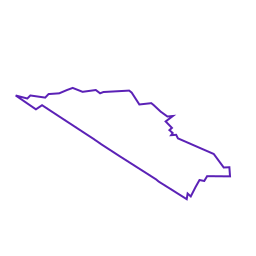 Sullivan, Tennessee, United States of America, rotated 213°
{"feature_id": "52423323B3729306019568", "entity_name": "Sullivan", "entity_type": "district", "adm_level": 2, "iso_a3": "USA", "parent_name": "United States of America", "parent_adm1": "Tennessee", "projection": "robinson", "projection_center": [-82.288, 36.504], "detail": "fine", "context": "isolated", "style": "outline", "palette": "violet", "viewbox_px": 256, "rotation_deg": 213, "n_neighbors": 0, "source": "geoboundaries", "source_scale": "gbopen_adm2", "svg_char_len": 895}
<svg xmlns="http://www.w3.org/2000/svg" viewBox="0 0 256 256"><g transform="rotate(213 128 128)"><path d="M133.5,99.8L120.5,99.8L119.7,99.8L76.4,100.2L73.3,99.8L71.1,99.8L54.0,100.1L52.6,100.1L52.3,100.1L40.0,100.3L42.3,105.5L38.1,104.8L39.2,115.3L39.7,123.3L35.2,125.1L35.4,130.7L16.1,143.0L21.6,150.3L26.2,147.0L41.9,152.9L80.5,146.5L83.9,148.5L87.9,145.5L87.8,148.1L92.1,148.8L91.2,152.0L100.0,154.0L96.9,162.5L101.2,159.1L109.4,159.5L119.0,161.2L122.0,161.5L131.3,153.9L144.2,159.7L147.4,160.0L168.2,144.8L170.3,141.9L175.7,142.3L185.8,133.6L196.2,131.5L199.8,126.7L204.6,119.6L213.1,113.2L214.0,108.4L227.6,102.1L228.5,97.9L239.9,94.1L215.4,93.5L212.5,100.3L190.7,100.2L158.4,100.1L157.7,100.1L157.1,100.1L151.2,100.1L150.3,100.1L149.4,100.0L147.5,100.0L141.8,99.8L141.7,99.8L139.0,99.8L138.5,99.8L138.0,99.8L137.7,99.8L133.5,99.8Z" fill="none" stroke="#5b21b6" stroke-width="2"/></g></svg>